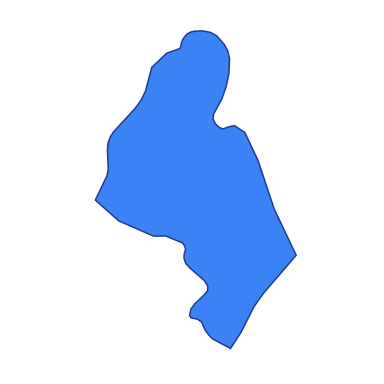 an SVG outline of Can Tho, rotated 264°
{"feature_id": "VNM-499", "entity_name": "Can Tho", "entity_type": "Province", "adm_level": 1, "iso_a3": "VNM", "parent_name": "Vietnam", "parent_adm1": "", "projection": "mercator", "projection_center": [105.615, 10.245], "detail": "fine", "context": "isolated", "style": "filled", "palette": "blue", "viewbox_px": 384, "rotation_deg": 264, "n_neighbors": 0, "source": "natural_earth", "source_scale": "10m", "svg_char_len": 1006}
<svg xmlns="http://www.w3.org/2000/svg" viewBox="0 0 384 384"><g transform="rotate(264 192 192)"><path d="M118.2,289.0L84.0,252.7L71.5,241.7L47.2,226.0L32.3,213.9L43.8,197.0L48.2,193.6L53.3,190.6L61.5,188.0L64.9,184.3L66.9,177.9L69.6,176.7L75.7,178.7L80.2,182.8L88.8,193.7L92.4,197.4L96.7,197.8L102.3,195.3L116.4,182.1L121.6,178.3L127.3,177.1L131.6,177.9L135.6,179.6L139.3,178.9L142.2,177.5L151.0,161.2L152.1,149.4L154.3,145.3L170.9,116.1L194.1,95.0L217.1,109.2L223.5,111.1L243.0,112.3L249.4,113.6L255.0,116.3L259.8,120.0L281.1,144.2L288.5,150.8L296.8,156.1L319.5,164.8L320.1,164.9L332.7,181.4L335.7,193.8L336.1,195.0L337.0,195.7L341.4,197.1L344.4,198.6L347.1,200.8L349.5,203.4L351.1,207.0L351.7,211.5L351.1,219.7L348.7,227.3L344.7,232.9L335.4,239.5L329.0,242.2L320.7,243.3L305.8,241.1L293.2,237.0L281.8,231.6L267.3,221.7L262.5,220.6L257.3,222.4L253.2,226.0L251.5,229.6L252.8,234.5L253.6,241.1L245.8,250.7L216.4,261.0L166.3,272.0L118.2,289.0Z" fill="#3b82f6" stroke="#1e3a8a" stroke-width="1.5"/></g></svg>